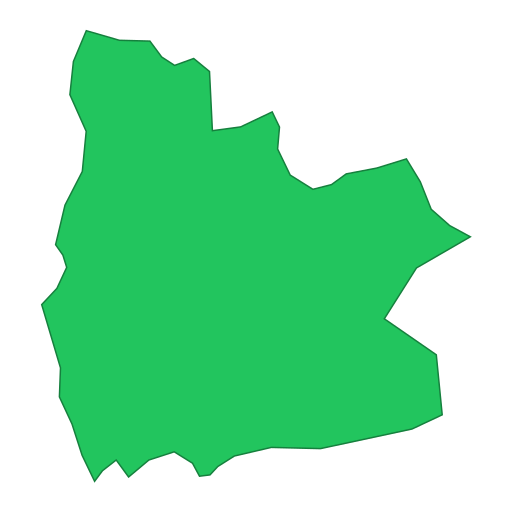 SVG path tracing the border of Muramvya
{"feature_id": "BDI-3365", "entity_name": "Muramvya", "entity_type": "Province", "adm_level": 1, "iso_a3": "BDI", "parent_name": "Burundi", "parent_adm1": "", "projection": "natural_earth1", "projection_center": [29.66, -3.246], "detail": "fine", "context": "isolated", "style": "filled", "palette": "green", "viewbox_px": 512, "rotation_deg": 0, "n_neighbors": 0, "source": "natural_earth", "source_scale": "10m", "svg_char_len": 765}
<svg xmlns="http://www.w3.org/2000/svg" viewBox="0 0 512 512"><path d="M86.3,30.7L119.4,40.3L149.9,41.1L161.7,57.0L174.6,65.4L193.7,58.5L209.5,71.5L212.4,130.7L240.6,126.9L272.2,111.9L279.5,127.1L277.6,149.0L290.2,175.1L312.9,189.3L331.5,184.6L346.2,173.9L376.6,168.1L406.4,158.9L420.3,181.8L431.2,209.3L449.7,225.6L470.3,236.8L416.5,267.9L384.3,318.8L436.3,354.8L442.2,414.8L412.0,429.0L320.5,448.6L271.3,447.4L234.4,456.0L217.8,466.5L210.0,474.9L199.5,476.2L192.5,463.2L174.2,451.8L148.9,460.0L128.6,477.0L116.2,460.0L102.5,470.7L94.6,481.3L82.1,455.3L72.0,424.0L59.4,396.9L60.5,367.9L41.7,304.6L56.9,288.4L66.7,267.4L62.9,255.1L55.6,244.7L65.0,205.1L82.3,171.5L86.2,131.3L69.9,94.7L73.4,61.5L86.3,30.7Z" fill="#22c55e" stroke="#15803d" stroke-width="1.5"/></svg>